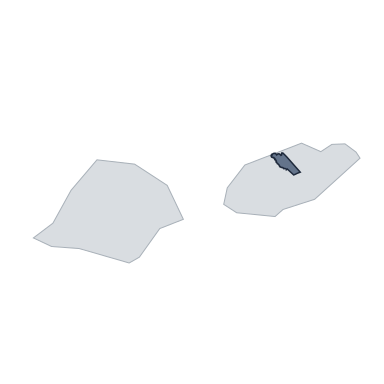 Vaimauga East, Tuamasaga, Samoa shown in context, rotated 318°
{"feature_id": "51752279B75699078159302", "entity_name": "Vaimauga East", "entity_type": "district", "adm_level": 2, "iso_a3": "WSM", "parent_name": "Samoa", "parent_adm1": "Tuamasaga", "projection": "equal_earth", "projection_center": [-171.732, -13.895], "detail": "fine", "context": "in_parent", "style": "filled", "palette": "slate", "viewbox_px": 384, "rotation_deg": 318, "n_neighbors": 0, "source": "geoboundaries", "source_scale": "gbopen_adm2", "svg_char_len": 2833}
<svg xmlns="http://www.w3.org/2000/svg" viewBox="0 0 384 384"><g transform="rotate(318 192 192)"><path d="M142.9,104.5L168.0,132.9L178.0,170.5L167.3,206.5L143.6,197.6L109.3,205.2L97.8,202.7L70.3,158.5L51.2,138.6L43.4,120.0L67.8,122.1L103.3,109.8L142.9,104.5ZM339.5,279.3L278.3,279.5L248.0,265.9L237.3,265.8L211.3,237.3L207.3,222.4L221.0,212.5L249.3,207.3L306.1,229.0L314.7,248.2L327.8,250.2L337.9,258.6L340.6,272.1L339.5,279.3Z" fill="#d9dde1" stroke="#a8b0b8" stroke-width="1"/><path d="M285.4,223.6L285.2,223.4L285.0,223.2L284.9,223.1L284.7,223.3L284.4,223.3L284.3,223.5L284.2,223.7L283.8,223.8L283.7,224.1L283.5,224.4L283.4,224.4L283.1,224.4L282.8,224.4L282.7,224.3L282.5,224.2L282.6,223.9L282.6,223.7L282.5,223.1L282.5,222.9L282.5,222.7L282.4,222.7L282.3,222.4L282.3,222.2L282.2,222.0L282.1,221.9L282.1,221.7L280.8,220.9L280.8,221.0L280.5,221.2L280.4,221.1L280.2,220.9L280.1,220.7L280.1,220.8L279.9,220.7L279.9,220.9L279.7,220.9L279.8,220.6L279.9,220.4L279.9,220.2L279.8,219.8L279.8,219.6L279.8,219.4L279.7,219.2L279.6,218.9L279.6,218.7L279.4,218.7L279.2,218.7L279.0,218.4L278.9,218.3L278.8,218.2L278.6,218.0L278.4,217.9L278.1,217.8L277.9,217.8L277.7,217.7L277.4,217.8L277.2,217.8L276.7,217.9L276.6,218.0L276.4,218.0L276.1,218.0L276.1,217.9L276.0,218.0L275.9,218.0L275.7,217.9L275.5,217.7L275.4,217.7L275.4,217.8L275.2,218.1L275.1,218.3L275.2,218.5L274.9,218.6L274.8,218.8L274.8,218.7L274.7,218.7L274.7,218.8L274.7,219.0L274.5,219.3L274.6,219.6L274.8,219.8L274.9,220.0L275.0,220.1L275.2,220.3L275.2,220.5L275.2,220.8L275.3,220.8L275.6,220.8L275.7,221.1L275.8,221.2L275.8,221.3L275.7,221.3L275.7,221.7L275.8,221.8L275.8,222.1L275.7,222.2L275.8,222.3L275.7,222.5L275.8,222.6L275.7,222.8L275.8,222.9L275.8,223.0L275.7,223.0L275.7,223.3L275.4,223.3L275.4,223.7L275.2,223.7L275.2,223.8L275.3,223.9L275.3,224.0L275.5,224.2L275.4,224.3L275.5,224.5L275.6,224.8L275.4,225.3L275.2,225.4L275.1,225.5L275.1,225.8L274.9,225.8L274.8,225.7L274.7,225.7L274.6,225.9L274.6,226.0L274.6,226.4L274.5,226.5L274.6,226.8L274.6,227.0L274.6,227.4L274.6,227.7L274.5,227.8L274.4,228.0L274.5,228.1L274.7,228.3L274.7,228.5L274.7,228.8L274.6,229.1L274.7,229.3L274.7,229.5L274.8,229.7L274.8,229.8L274.7,230.3L274.5,230.7L274.6,230.8L274.6,231.0L274.4,231.2L274.4,231.5L274.3,231.8L274.2,232.0L274.3,232.2L274.3,232.4L274.6,232.5L274.6,232.8L274.7,233.2L274.9,233.6L275.0,233.6L275.3,234.0L275.5,234.4L275.8,234.5L275.9,234.8L275.9,235.0L275.8,235.4L275.9,235.6L275.9,235.8L276.0,236.0L275.9,236.2L276.1,236.3L276.4,236.5L276.6,236.6L276.8,236.6L276.9,236.8L276.9,237.1L277.0,237.2L277.1,237.3L277.3,237.6L277.4,238.0L277.3,238.3L277.3,238.5L277.2,238.6L278.2,238.7L279.0,247.4L281.1,248.1L282.3,248.4L283.9,249.0L285.7,249.7L285.9,229.5L285.8,226.8L285.6,223.8L285.5,223.7L285.4,223.7L285.4,223.6Z" fill="#64748b" stroke="#1e293b" stroke-width="1.5"/></g></svg>